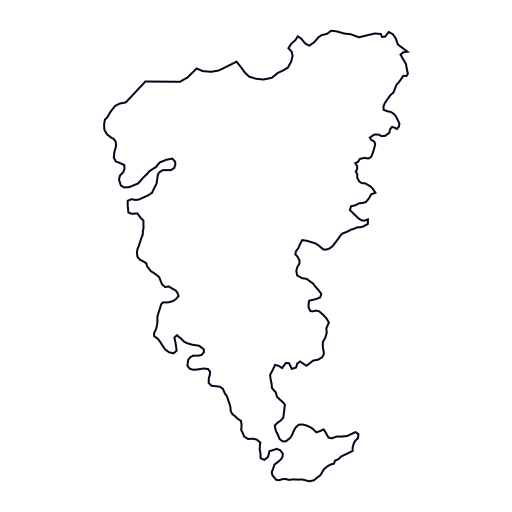 the district of Turvelândia, Goiás, Brazil
{"feature_id": "56859067B88564210789001", "entity_name": "Turvelândia", "entity_type": "district", "adm_level": 2, "iso_a3": "BRA", "parent_name": "Brazil", "parent_adm1": "Goiás", "projection": "orthographic", "projection_center": [-50.301, -17.798], "detail": "fine", "context": "isolated", "style": "outline", "palette": "ink", "viewbox_px": 512, "rotation_deg": 0, "n_neighbors": 0, "source": "geoboundaries", "source_scale": "gbopen_adm2", "svg_char_len": 5276}
<svg xmlns="http://www.w3.org/2000/svg" viewBox="0 0 512 512"><path d="M104.9,119.7L104.1,124.3L104.3,129.5L105.7,132.2L107.3,134.6L111.2,137.6L113.8,139.0L115.7,141.7L116.1,145.8L114.4,152.0L113.8,157.6L115.9,161.5L119.6,162.9L124.3,165.0L124.5,168.8L123.3,172.1L119.9,175.7L119.0,179.6L120.8,185.4L123.9,187.4L129.1,187.2L133.7,185.3L138.0,183.5L140.9,180.4L143.3,177.6L147.0,174.0L149.3,171.3L153.0,168.8L156.0,167.1L157.9,164.5L160.2,162.1L163.0,161.2L166.1,159.8L172.3,158.6L175.2,161.8L175.3,164.8L174.2,168.0L171.0,170.1L165.8,170.1L162.9,170.1L159.6,172.1L157.9,174.4L157.3,178.6L156.5,183.7L154.4,187.8L152.0,192.8L148.4,195.2L142.1,198.1L137.9,199.8L135.0,199.9L131.4,199.2L127.7,200.8L127.7,205.4L128.4,212.6L131.8,213.8L137.3,213.4L140.7,217.9L143.4,220.5L143.5,228.2L142.8,231.5L142.8,234.4L141.1,238.8L138.9,245.6L137.5,249.1L136.9,252.4L137.5,257.0L140.0,259.7L143.6,261.6L146.2,263.2L147.3,266.6L151.0,271.3L153.7,272.9L156.0,274.5L159.2,277.2L160.7,281.1L162.0,284.3L165.2,287.1L168.6,286.4L171.9,288.4L175.4,290.3L177.3,292.5L178.6,296.0L175.8,299.2L172.7,301.2L168.0,302.4L163.0,302.4L161.1,304.4L159.7,309.3L158.7,312.1L157.4,316.8L157.4,322.7L156.3,328.5L154.1,333.1L154.1,336.1L157.7,338.7L160.3,342.0L162.2,345.2L165.3,349.6L169.1,352.3L173.6,353.3L176.6,350.7L176.1,346.6L175.6,343.2L174.4,337.6L176.9,335.2L180.7,338.3L184.2,341.8L186.8,343.1L191.7,344.6L195.4,345.2L199.2,345.8L203.8,349.3L203.9,352.3L201.5,355.0L198.2,355.7L193.2,355.7L190.3,357.2L188.2,359.9L187.4,365.6L189.5,368.5L192.5,369.7L196.5,369.6L203.6,368.5L208.2,369.1L210.1,371.9L209.8,374.8L208.8,378.4L208.7,383.0L211.4,385.7L219.8,386.7L222.9,388.8L225.0,393.7L226.9,396.1L228.1,400.0L229.4,403.5L230.4,407.0L230.7,411.1L232.4,414.2L235.0,416.1L237.6,418.7L241.0,420.9L241.6,425.1L241.2,430.0L242.8,433.1L244.1,436.5L248.0,439.0L252.6,438.7L256.6,439.5L260.3,442.5L259.9,446.0L259.6,449.2L260.3,451.9L260.5,454.6L260.6,458.2L264.3,459.9L267.8,457.1L268.8,454.2L269.4,451.2L272.7,450.2L276.6,448.9L280.2,450.2L282.8,453.7L282.6,456.6L281.2,459.0L278.2,461.8L274.4,464.6L273.1,468.7L271.7,472.3L272.4,475.3L274.2,477.4L276.3,479.9L279.2,480.2L282.3,479.2L285.3,479.0L289.1,479.9L292.9,479.4L297.8,479.6L302.2,479.5L305.5,480.3L309.5,481.3L314.0,480.2L317.5,477.3L320.4,475.2L322.0,472.5L323.9,469.3L327.0,466.6L330.6,464.5L333.9,463.7L335.0,460.7L338.4,459.2L341.2,456.5L352.6,451.0L352.7,447.2L353.8,443.3L355.3,440.7L358.0,438.2L358.4,434.1L355.5,432.1L351.0,434.2L347.2,436.0L340.9,436.6L336.8,436.5L331.9,438.3L328.5,437.6L325.6,432.4L323.6,429.4L320.3,431.0L316.4,432.3L312.7,428.8L310.5,427.3L306.5,425.5L302.6,424.5L298.7,424.7L295.4,427.8L293.4,431.6L292.1,434.9L290.4,437.7L286.1,441.2L282.8,441.5L279.6,439.0L277.8,434.5L276.3,431.9L275.4,429.1L274.8,425.4L278.0,422.4L280.9,420.4L283.3,417.7L284.2,410.6L284.9,404.7L282.9,402.2L280.2,399.9L276.9,396.7L275.8,392.4L272.0,388.1L271.5,383.2L270.5,378.7L270.1,374.8L272.8,369.8L275.1,364.8L278.7,365.9L282.2,368.1L283.8,365.7L285.8,363.0L289.1,363.3L291.8,368.9L296.1,367.5L297.3,363.5L300.0,361.5L303.2,363.6L306.4,365.8L309.7,363.3L313.1,360.6L318.1,359.7L322.3,357.1L323.9,353.9L323.5,350.5L322.8,347.0L322.9,342.0L325.3,337.6L326.7,333.2L326.4,328.1L328.9,322.5L326.2,318.1L322.7,314.4L319.3,311.4L316.0,310.6L313.1,311.3L310.4,311.1L308.7,307.8L308.5,304.3L309.2,300.7L315.6,299.2L320.2,297.4L321.3,293.9L318.5,290.1L315.1,286.3L313.0,283.5L309.7,281.2L306.8,278.9L302.2,278.2L297.1,275.4L296.3,270.8L297.3,267.0L299.2,264.1L299.6,260.8L297.6,256.7L295.4,254.5L295.9,251.3L298.2,248.4L300.1,244.0L302.2,240.1L307.5,240.9L310.3,241.9L312.8,242.6L315.3,243.4L318.3,245.2L321.0,247.5L323.4,249.5L326.2,249.6L329.7,248.4L332.8,245.9L337.6,239.6L339.9,236.3L342.1,233.7L348.1,231.3L350.9,229.7L354.3,228.7L357.2,227.3L360.5,227.3L363.4,226.4L367.9,223.9L367.9,219.4L365.2,220.5L362.0,220.5L358.9,218.7L356.5,216.5L353.8,213.9L349.9,210.0L351.1,206.2L355.3,205.3L359.1,203.3L363.1,202.9L366.0,201.9L368.9,198.4L371.2,194.3L375.4,192.8L372.7,188.7L370.7,186.6L367.7,184.8L365.2,183.4L361.8,183.1L359.4,181.6L357.2,177.8L357.3,174.2L355.8,171.6L357.1,169.2L357.2,166.3L355.3,163.1L358.1,161.8L359.7,159.0L364.1,157.9L368.4,158.5L371.1,157.0L372.9,152.6L374.3,148.0L375.2,144.1L374.2,141.5L371.2,139.9L369.8,137.6L374.4,134.5L378.7,134.6L381.5,136.1L385.1,135.9L389.3,132.8L390.2,129.1L392.0,126.9L394.5,127.7L396.9,129.0L398.9,126.6L399.4,123.7L398.3,121.1L395.7,116.0L393.8,113.9L391.1,112.1L387.3,111.2L383.6,109.9L383.5,106.3L384.9,103.0L386.5,100.6L390.3,95.3L393.5,92.4L395.1,88.3L396.5,84.7L398.8,82.3L401.1,79.1L403.3,75.8L406.5,76.0L407.9,73.7L407.1,70.2L405.9,63.9L400.5,54.7L403.3,52.3L407.5,51.7L397.9,44.5L395.8,38.5L392.8,34.2L388.7,32.0L385.2,36.6L381.9,36.9L380.8,34.0L374.7,33.5L358.9,37.3L350.6,34.2L344.6,33.6L336.3,31.3L331.2,30.7L327.1,33.8L321.7,35.1L318.5,37.2L314.1,42.3L309.3,45.7L305.3,43.5L301.1,38.5L297.8,36.3L295.6,39.8L291.0,44.1L288.4,48.2L291.6,51.6L292.6,55.8L291.3,61.3L287.8,67.7L283.2,70.4L277.7,73.0L271.8,77.8L263.6,79.5L256.2,78.8L249.2,76.7L244.9,72.6L240.8,67.0L236.5,61.7L222.1,68.9L218.2,70.6L211.1,71.8L202.7,71.1L196.6,68.5L187.4,77.6L179.8,81.8L145.4,81.5L125.8,102.4L119.6,103.6L115.0,106.0L110.4,112.0L107.2,117.5L104.9,119.7Z" fill="none" stroke="#020617" stroke-width="2"/></svg>